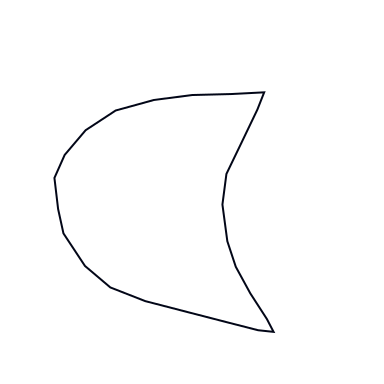 Nioki, Bandundu, Democratic Republic of the Congo (Equal Earth projection), rotated 114°
{"feature_id": "63176286B71096802464930", "entity_name": "Nioki", "entity_type": "district", "adm_level": 2, "iso_a3": "COD", "parent_name": "Democratic Republic of the Congo", "parent_adm1": "Bandundu", "projection": "equal_earth", "projection_center": [17.684, -2.697], "detail": "fine", "context": "isolated", "style": "outline", "palette": "ink", "viewbox_px": 384, "rotation_deg": 114, "n_neighbors": 0, "source": "geoboundaries", "source_scale": "gbopen_adm2", "svg_char_len": 470}
<svg xmlns="http://www.w3.org/2000/svg" viewBox="0 0 384 384"><g transform="rotate(114 192 192)"><path d="M286.6,60.6L277.6,71.9L260.9,97.5L242.5,121.6L222.6,139.7L191.1,159.1L161.5,167.9L128.9,166.9L90.1,165.8L71.6,166.6L86.5,195.9L103.3,231.2L123.4,264.2L148.6,294.9L178.8,314.3L209.9,323.4L235.1,323.4L262.0,307.4L282.1,292.6L303.1,259.7L312.4,227.8L310.7,190.3L303.1,144.8L296.4,104.9L291.4,75.4L286.6,60.6Z" fill="none" stroke="#020617" stroke-width="2"/></g></svg>